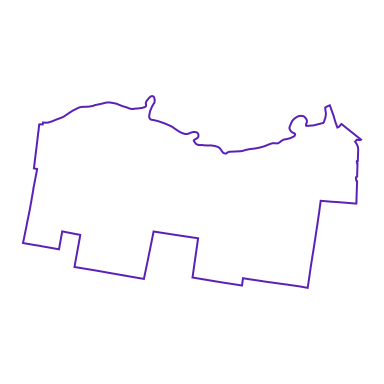 Ciulnita, Ialomita, Romania (Albers equal-area conic projection)
{"feature_id": "2599482B31349838477695", "entity_name": "Ciulnita", "entity_type": "district", "adm_level": 2, "iso_a3": "ROU", "parent_name": "Romania", "parent_adm1": "Ialomita", "projection": "albers", "projection_center": [27.294, 44.52], "detail": "fine", "context": "isolated", "style": "outline", "palette": "violet", "viewbox_px": 384, "rotation_deg": 0, "n_neighbors": 0, "source": "geoboundaries", "source_scale": "gbopen_adm2", "svg_char_len": 4974}
<svg xmlns="http://www.w3.org/2000/svg" viewBox="0 0 384 384"><path d="M242.0,285.5L243.0,278.2L250.2,279.4L252.6,279.7L256.6,280.3L260.7,280.9L264.4,281.5L277.5,283.3L279.6,283.6L285.7,284.4L290.6,285.1L295.5,285.8L300.8,286.6L307.7,287.9L308.6,281.8L309.5,275.6L310.0,272.2L310.5,268.7L311.5,262.0L312.1,258.7L312.2,257.6L312.9,253.4L313.6,249.1L314.4,243.9L315.2,238.7L315.8,234.8L316.4,230.7L317.7,222.4L318.4,217.3L319.3,211.3L319.6,208.7L319.9,206.6L320.3,203.8L320.7,200.8L324.2,201.1L327.8,201.4L331.0,201.7L334.3,201.9L336.4,202.0L338.7,202.2L345.3,202.7L353.6,203.4L356.3,203.6L356.4,203.4L356.7,192.3L357.1,181.2L356.3,180.8L355.9,177.5L356.1,177.2L357.1,176.7L357.5,163.7L357.1,163.6L357.0,162.4L356.8,161.9L356.9,161.1L357.8,161.1L358.2,149.2L358.0,147.4L357.5,145.7L356.5,143.7L355.6,142.4L355.1,141.7L356.8,139.7L359.1,140.1L360.3,140.0L360.8,139.8L361.0,139.6L346.3,127.9L341.5,124.0L340.0,125.6L339.3,126.5L338.5,127.1L338.3,127.2L338.1,127.2L337.4,127.5L335.6,122.7L334.2,118.0L333.7,116.1L333.4,115.3L329.8,105.3L327.4,106.3L325.2,107.6L325.5,110.8L325.9,112.8L325.8,115.3L325.2,118.2L323.8,122.2L323.3,122.9L314.7,125.1L312.8,125.5L310.3,125.6L308.0,125.9L306.3,125.9L306.0,125.3L306.2,123.7L306.7,122.8L306.9,121.8L306.9,120.8L306.6,119.8L306.0,118.6L305.0,117.4L304.0,116.5L302.8,116.0L302.3,116.0L301.5,115.9L300.5,115.9L299.2,116.0L298.3,116.3L297.4,116.7L296.1,117.4L294.4,118.7L293.5,119.5L292.2,121.0L291.9,121.8L291.3,122.8L289.8,126.4L289.5,127.5L289.4,128.1L289.9,129.7L290.5,130.5L291.3,131.7L293.1,132.8L293.8,133.0L294.2,133.3L294.8,133.7L295.1,134.1L295.1,134.4L294.6,135.9L293.9,136.4L291.5,137.6L289.8,138.3L285.9,139.3L284.5,139.4L283.8,139.6L282.6,140.2L281.7,140.7L280.8,141.4L280.0,142.1L278.3,143.1L277.8,143.3L276.5,143.4L275.5,143.3L273.3,143.2L272.2,143.3L268.3,144.6L267.3,145.1L263.9,146.4L259.2,147.7L256.6,148.2L254.2,148.6L249.1,149.2L247.5,149.6L246.1,149.8L244.6,150.3L242.9,150.8L240.8,151.2L235.4,151.5L234.3,151.5L233.0,151.6L230.9,151.7L230.3,151.7L229.7,151.8L229.2,151.8L228.8,152.0L228.3,152.1L227.6,152.4L227.1,152.7L226.5,153.4L226.0,153.5L225.2,153.6L223.8,153.1L223.0,152.6L222.0,151.3L221.2,150.1L220.4,148.9L219.7,148.1L218.7,147.4L217.7,146.9L216.0,146.3L214.9,146.0L211.6,145.5L210.6,145.4L207.7,145.5L205.8,145.4L203.8,145.3L202.0,145.0L200.7,145.1L198.6,145.0L196.6,144.3L196.0,143.8L195.0,142.6L193.8,140.8L193.9,140.2L194.5,139.7L197.0,138.3L197.7,137.7L198.2,137.0L198.4,136.0L198.4,134.7L198.1,133.7L197.5,132.9L196.6,132.4L195.6,132.1L194.4,132.0L193.2,132.0L192.1,132.3L190.7,132.7L188.6,133.6L187.4,133.9L186.6,134.0L185.4,134.0L184.4,133.8L183.4,133.5L180.7,132.4L179.2,131.6L176.8,130.0L174.7,128.6L173.6,127.8L173.4,127.6L173.0,127.4L172.7,127.2L172.2,126.8L171.7,126.6L171.2,126.3L170.7,126.1L170.2,125.8L169.2,125.4L168.3,125.0L167.7,124.7L166.3,124.1L165.6,123.8L164.6,123.4L163.5,123.0L162.3,122.6L161.2,122.2L160.3,121.9L159.4,121.6L158.7,121.3L158.2,121.2L157.0,120.9L153.7,120.1L151.2,119.7L150.4,119.2L149.8,118.6L149.4,117.8L149.2,116.9L149.2,115.9L149.5,114.4L149.7,112.9L150.0,111.5L150.4,110.3L151.1,108.9L151.4,108.0L152.0,106.7L152.8,105.2L153.3,104.3L153.7,103.7L154.3,103.0L154.4,102.6L154.6,101.9L154.6,101.3L154.7,100.4L154.7,99.6L154.4,98.7L154.3,98.1L154.1,97.5L153.7,96.8L153.1,96.3L152.1,96.1L151.1,96.3L150.2,96.9L149.3,97.7L147.7,99.6L147.0,100.4L146.3,101.6L146.1,102.0L145.9,102.5L145.8,103.5L146.0,104.5L146.1,105.2L146.0,105.9L145.7,106.4L145.1,106.9L144.5,107.2L143.7,107.4L142.6,107.8L141.4,108.0L140.4,108.1L139.7,108.2L139.1,108.3L138.4,108.4L137.8,108.5L136.9,108.5L136.1,108.6L134.5,108.7L133.3,109.0L132.0,109.0L130.6,108.8L128.9,108.3L128.5,108.2L128.1,108.0L127.3,107.6L123.6,106.5L122.3,106.1L118.1,104.4L116.5,103.7L113.9,103.2L111.2,102.7L108.9,102.4L106.1,102.6L103.3,103.3L100.5,104.0L97.5,104.6L94.5,105.2L94.3,105.4L93.7,105.7L93.0,105.9L92.0,106.1L90.3,106.4L89.2,106.6L88.4,106.6L86.7,106.7L85.1,106.8L84.1,106.8L83.3,106.9L82.1,106.9L81.2,107.0L79.8,107.3L78.6,107.7L77.6,108.2L76.7,108.6L75.8,109.1L75.1,109.5L73.1,110.4L71.1,111.7L67.9,113.8L65.4,115.5L63.6,116.7L61.9,117.5L59.8,118.3L56.2,119.6L54.1,120.5L52.2,121.3L48.4,122.5L47.0,122.7L44.7,122.7L43.0,122.5L42.7,124.4L41.4,124.4L39.9,124.3L39.7,124.5L39.2,124.5L38.8,128.0L38.5,131.5L38.3,131.9L38.2,132.3L38.2,132.9L37.9,135.7L36.1,150.6L33.9,168.4L37.1,169.0L36.6,172.1L35.9,175.6L34.6,182.4L33.3,188.9L33.4,189.1L32.6,193.5L31.5,200.0L30.6,205.0L30.0,208.5L29.3,212.1L28.6,215.4L28.4,216.5L28.0,218.4L27.2,222.1L26.9,224.0L26.7,224.9L25.8,229.5L25.1,232.9L24.3,236.9L23.6,240.2L23.1,242.3L23.0,243.0L25.7,243.5L35.1,245.1L40.1,245.9L40.9,246.1L50.0,247.7L59.0,249.3L61.8,233.7L62.2,231.4L71.4,233.2L80.3,234.9L80.3,235.0L75.5,261.2L74.9,264.7L74.5,267.0L94.0,270.2L101.5,271.5L109.2,272.9L139.1,278.1L143.9,278.9L146.0,268.9L147.5,261.7L150.3,247.9L153.6,231.5L171.5,234.3L198.1,238.3L192.5,277.5L207.4,280.0L222.5,282.5L242.0,285.5Z" fill="none" stroke="#5b21b6" stroke-width="2"/></svg>